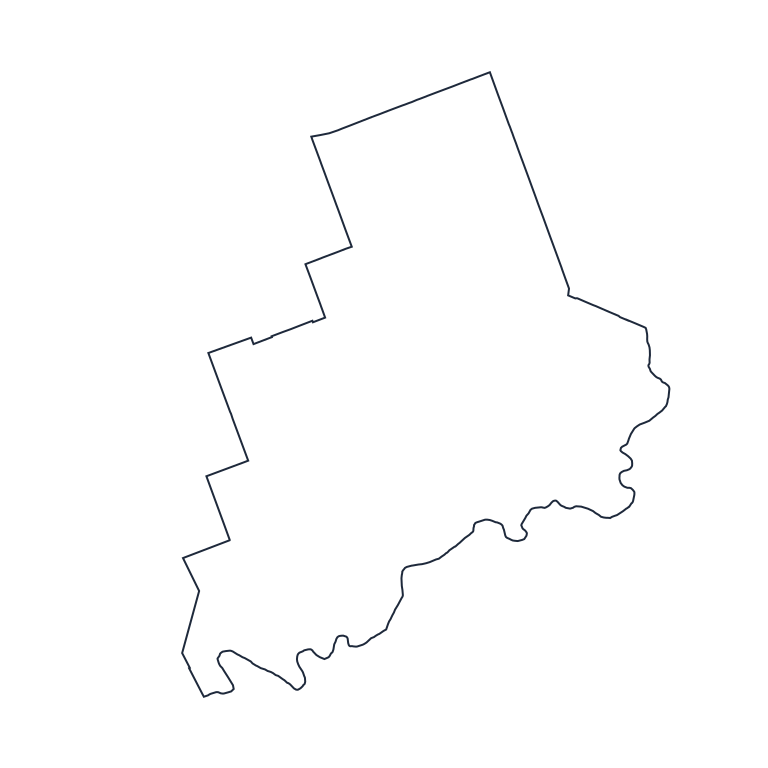 Campbelltown (SA), South Australia, Australia (Equal Earth projection), rotated 163°
{"feature_id": "25037944B38277479897228", "entity_name": "Campbelltown (SA)", "entity_type": "district", "adm_level": 2, "iso_a3": "AUS", "parent_name": "Australia", "parent_adm1": "South Australia", "projection": "equal_earth", "projection_center": [138.68, -34.885], "detail": "fine", "context": "isolated", "style": "outline", "palette": "slate", "viewbox_px": 768, "rotation_deg": 163, "n_neighbors": 0, "source": "geoboundaries", "source_scale": "gbopen_adm2", "svg_char_len": 6166}
<svg xmlns="http://www.w3.org/2000/svg" viewBox="0 0 768 768"><g transform="rotate(163 384 384)"><path d="M647.7,137.6L643.3,137.7L641.7,138.2L640.3,138.4L634.8,138.4L633.8,138.2L632.6,137.7L630.5,135.9L628.5,135.0L627.3,134.8L623.1,134.7L620.0,134.7L616.9,136.3L616.5,140.1L618.8,149.0L620.9,156.5L621.7,159.7L623.0,162.2L623.2,162.9L623.5,164.5L623.6,165.6L623.6,169.3L623.4,170.2L620.8,172.2L619.6,174.0L618.7,174.5L617.0,175.1L616.4,175.2L613.2,174.8L609.5,174.1L608.5,173.7L606.9,172.5L603.2,168.2L601.8,167.0L599.2,164.1L597.4,162.7L596.8,162.1L592.5,157.6L591.4,155.2L589.9,153.5L588.9,152.3L587.6,151.2L584.9,148.3L581.2,145.8L579.2,143.6L577.4,142.4L576.3,141.6L574.6,139.9L572.7,137.3L570.5,135.8L567.1,131.3L565.8,129.8L564.2,127.0L563.8,126.4L562.9,125.9L561.6,124.2L559.1,119.2L557.4,117.4L555.8,116.8L554.2,117.1L552.7,117.5L550.1,118.8L549.3,119.6L548.1,120.1L547.5,120.5L546.4,122.3L545.6,125.7L545.5,126.5L545.7,128.1L545.8,131.6L546.0,133.0L547.6,138.4L548.0,141.2L548.1,144.0L547.7,146.3L546.6,148.9L545.6,150.4L544.8,151.1L543.4,151.8L539.8,152.1L538.3,152.6L537.6,152.6L534.2,152.4L532.1,151.9L531.2,151.3L530.3,150.0L530.1,149.0L527.9,144.6L525.2,141.5L521.4,138.4L517.5,138.8L516.5,139.1L515.5,139.8L513.5,141.8L512.1,142.4L511.5,142.8L510.0,144.9L507.7,149.6L506.2,151.2L505.7,151.7L504.1,154.1L502.7,155.4L502.3,155.6L501.1,156.0L499.9,156.0L498.2,155.7L496.6,155.3L493.9,153.4L493.7,153.1L493.3,152.1L493.2,151.1L494.0,146.7L494.0,144.7L493.6,143.6L493.0,143.1L491.3,142.7L489.7,141.9L487.5,141.0L486.3,140.8L480.5,140.9L478.8,141.2L476.3,141.9L470.6,144.7L467.6,144.9L465.6,145.6L463.3,146.2L461.5,146.4L456.6,148.0L453.7,148.6L450.3,153.3L448.5,155.5L446.6,157.1L443.6,160.4L441.3,162.6L439.4,165.0L435.3,168.6L434.8,169.1L429.9,174.0L428.4,175.3L427.7,176.5L426.6,181.6L426.0,185.7L424.1,193.1L422.7,196.4L422.4,196.8L421.5,198.7L421.5,199.0L420.8,199.8L419.9,200.5L419.2,200.9L418.1,201.7L417.7,202.0L415.7,202.4L410.6,202.2L409.5,202.0L403.9,201.3L400.3,200.6L396.2,200.3L392.4,200.3L385.5,201.0L382.6,200.9L379.4,202.1L376.1,203.1L374.3,204.0L372.8,204.3L371.7,204.9L371.1,205.2L370.3,205.8L364.0,207.8L363.3,207.7L359.3,209.6L358.5,209.8L351.7,213.1L346.4,214.8L344.5,215.8L343.9,216.0L342.9,216.4L341.9,216.9L341.4,217.7L340.5,220.1L339.4,221.8L339.2,222.7L337.2,224.4L335.3,224.6L333.1,224.6L327.1,224.7L325.2,224.2L322.6,223.0L320.6,221.6L320.1,221.2L317.7,219.2L316.2,218.5L313.7,216.5L312.8,215.4L312.1,214.0L312.1,210.9L311.9,209.8L312.3,203.9L312.2,202.6L312.0,201.9L311.2,200.8L309.4,199.3L307.9,197.8L306.6,196.7L304.7,195.8L302.0,194.7L297.5,194.5L295.2,194.7L292.1,197.3L291.1,199.2L291.0,200.2L291.8,202.5L293.3,204.6L293.7,205.4L294.0,208.8L293.3,209.8L288.1,214.5L286.3,216.4L283.6,218.0L280.7,220.8L278.9,221.5L275.7,221.4L270.2,220.3L269.0,219.9L268.1,219.3L267.6,219.1L266.7,218.6L265.5,218.6L263.1,219.1L261.7,219.6L261.1,219.8L258.5,221.6L256.6,222.5L256.2,222.6L255.8,222.6L254.4,222.5L253.4,222.0L252.4,220.4L250.9,217.1L250.0,215.8L247.1,213.4L246.7,212.7L245.7,212.1L242.6,210.5L242.1,210.4L239.3,210.4L237.9,210.9L236.2,210.9L235.9,210.9L235.5,210.7L233.9,210.1L231.3,209.1L225.4,205.1L221.2,201.3L219.5,198.8L216.8,195.9L215.3,193.6L212.9,192.1L210.9,191.2L207.7,190.1L207.0,189.7L204.8,190.3L201.3,190.5L200.0,190.5L199.2,190.6L192.6,192.5L188.7,194.0L187.5,194.2L185.7,195.0L185.4,194.9L182.3,197.5L181.6,197.7L180.7,198.4L180.0,199.3L177.0,204.8L176.3,206.8L176.2,207.8L177.0,210.0L178.3,212.2L179.5,212.9L181.4,213.5L181.9,213.8L184.2,215.6L185.6,217.5L186.6,220.2L186.7,223.9L186.3,225.5L185.6,227.3L185.4,228.0L185.1,228.5L184.3,229.5L182.6,230.3L180.0,230.8L176.9,230.5L174.1,230.8L173.0,231.3L171.2,232.6L170.6,233.4L169.9,235.4L169.3,238.2L169.9,240.5L171.6,243.5L173.7,246.4L175.9,248.7L177.1,250.6L177.3,251.6L176.1,253.6L174.6,254.4L171.4,255.0L170.1,255.2L168.8,255.9L166.6,258.8L165.9,259.9L162.5,264.0L157.9,268.0L157.2,268.5L154.3,269.6L151.2,270.5L147.6,270.7L146.0,270.8L141.0,271.3L136.3,273.3L133.9,274.1L131.3,275.4L129.0,276.1L125.8,277.3L122.0,279.8L121.2,280.2L120.9,280.3L119.2,282.3L118.2,283.9L117.2,286.1L115.8,288.1L114.0,292.4L112.5,295.9L112.3,297.5L112.5,298.6L113.0,299.7L115.1,302.8L116.5,303.8L117.2,304.5L117.6,305.5L117.9,307.3L118.7,308.5L120.6,310.0L121.6,311.1L122.6,312.7L124.9,317.3L125.3,318.5L125.3,320.7L125.9,323.2L125.8,324.2L125.5,324.8L124.6,325.5L123.8,326.6L122.9,329.9L121.4,333.4L121.3,333.6L119.9,338.6L119.4,341.4L119.4,344.5L119.7,345.8L119.8,347.5L119.3,349.7L118.3,352.7L117.8,354.9L117.3,359.5L117.4,361.2L118.9,362.6L125.8,368.4L132.7,374.1L132.7,373.9L138.8,379.0L139.7,380.5L147.6,387.1L153.1,391.8L158.7,396.6L160.8,398.2L167.7,404.0L174.0,409.4L175.1,409.8L176.0,409.9L182.0,414.9L179.2,421.1L179.2,421.8L179.7,431.3L180.2,441.8L180.2,443.1L180.5,448.5L180.8,454.2L181.6,468.8L182.1,477.5L183.1,497.1L183.5,503.3L184.0,511.7L184.1,513.9L184.4,520.2L184.9,529.4L185.3,537.2L186.4,556.9L186.6,559.8L187.2,570.8L187.4,575.7L187.8,581.8L188.0,586.9L188.1,587.6L188.4,593.2L188.7,596.0L188.8,598.1L189.5,611.9L189.5,612.2L190.4,627.4L191.6,651.2L203.7,650.4L210.4,649.9L211.8,649.9L223.6,649.1L231.5,648.5L239.9,648.0L249.6,647.4L258.7,646.8L259.3,646.7L266.8,646.2L269.4,646.1L275.0,645.5L277.8,645.4L282.2,645.1L284.9,645.0L294.6,644.4L300.6,644.0L308.8,643.4L317.4,642.9L340.9,641.1L349.6,640.5L353.8,640.1L363.1,639.8L372.2,640.7L381.2,641.8L381.1,638.5L380.1,621.3L379.9,618.1L379.7,614.4L379.7,613.7L379.1,603.5L378.5,592.4L377.8,580.6L377.5,575.3L377.2,569.5L376.8,562.9L376.5,557.1L375.7,541.8L374.7,524.7L380.9,524.5L390.2,523.8L398.3,523.3L406.3,522.8L407.0,522.7L423.3,521.6L424.1,521.5L423.2,506.9L422.1,487.2L421.6,479.0L421.5,476.2L421.4,474.8L420.9,464.7L433.9,463.8L434.0,465.4L443.9,464.7L449.4,464.3L457.3,463.7L465.4,463.3L477.5,462.5L477.5,461.6L480.8,461.4L497.1,460.3L497.5,467.2L542.9,465.0L540.8,427.7L540.7,426.0L539.3,402.2L539.0,400.4L538.9,394.9L536.3,350.4L540.4,350.1L580.8,347.7L578.5,305.7L578.1,298.6L577.2,281.3L577.1,280.3L577.3,279.7L625.9,276.4L627.1,276.3L621.3,240.1L632.0,223.2L655.7,185.7L652.7,169.3L653.5,169.2L651.0,155.4L648.3,140.6L647.7,137.6Z" fill="none" stroke="#1e293b" stroke-width="2"/></g></svg>